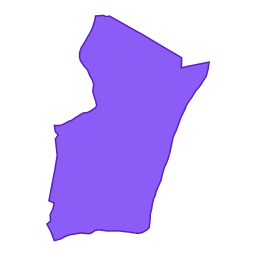 Bahr-Azoum, Salamat, Chad (Natural Earth projection)
{"feature_id": "50815135B73615292321578", "entity_name": "Bahr-Azoum", "entity_type": "district", "adm_level": 2, "iso_a3": "TCD", "parent_name": "Chad", "parent_adm1": "Salamat", "projection": "natural_earth1", "projection_center": [20.375, 10.976], "detail": "fine", "context": "isolated", "style": "filled", "palette": "violet", "viewbox_px": 256, "rotation_deg": 0, "n_neighbors": 0, "source": "geoboundaries", "source_scale": "gbopen_adm2", "svg_char_len": 1506}
<svg xmlns="http://www.w3.org/2000/svg" viewBox="0 0 256 256"><path d="M55.0,169.2L48.9,200.7L54.1,203.0L53.0,208.7L50.3,214.3L50.1,214.7L50.6,221.0L46.9,224.1L50.8,231.3L54.3,240.6L57.2,239.9L61.4,238.6L65.7,236.2L70.6,234.6L75.6,233.8L81.1,233.0L85.9,233.5L89.4,233.7L91.9,232.7L94.5,230.8L98.2,229.8L101.8,230.2L105.1,230.7L108.0,231.0L112.3,230.9L117.1,230.9L120.0,231.0L124.3,231.6L128.9,232.0L131.8,232.5L138.2,233.4L142.4,232.5L146.8,230.0L149.2,227.6L149.9,221.7L150.4,213.9L151.6,209.0L152.3,204.2L153.7,198.5L155.3,195.4L155.9,192.3L158.0,187.1L159.5,183.6L160.9,180.7L161.9,176.0L163.4,170.7L164.3,167.6L165.9,164.1L167.7,159.8L169.4,154.4L170.5,149.5L171.4,145.5L173.0,137.4L176.1,130.7L177.8,125.9L179.3,122.1L180.7,117.7L183.1,113.0L185.3,108.4L186.3,105.4L188.0,102.6L191.5,97.8L193.4,94.6L195.8,90.8L198.4,87.9L201.4,83.9L203.7,80.0L206.3,76.2L207.2,72.4L208.1,69.2L208.6,65.4L209.1,62.1L187.9,66.3L181.4,67.8L181.7,57.9L177.8,55.4L168.5,50.1L139.9,33.0L139.4,32.9L113.5,18.3L109.6,16.1L108.3,16.3L106.1,16.7L103.6,15.4L95.5,16.0L94.9,19.9L94.1,22.8L92.3,28.2L89.8,33.4L87.4,37.3L85.0,41.8L81.3,47.6L79.6,52.7L79.5,57.0L80.5,60.8L83.7,65.6L87.4,69.7L90.0,76.0L92.3,79.9L93.7,84.2L93.2,87.9L92.8,91.4L93.9,95.6L95.7,101.0L96.7,105.8L95.0,108.1L92.5,109.7L90.2,111.2L87.2,112.6L83.2,113.0L79.3,115.3L75.7,117.5L71.2,120.6L68.5,121.4L64.2,123.9L60.5,125.4L57.0,125.5L54.3,125.4L55.4,131.7L58.2,134.9L55.4,139.0L57.2,155.4L55.0,169.2Z" fill="#8b5cf6" stroke="#5b21b6" stroke-width="1.5"/></svg>